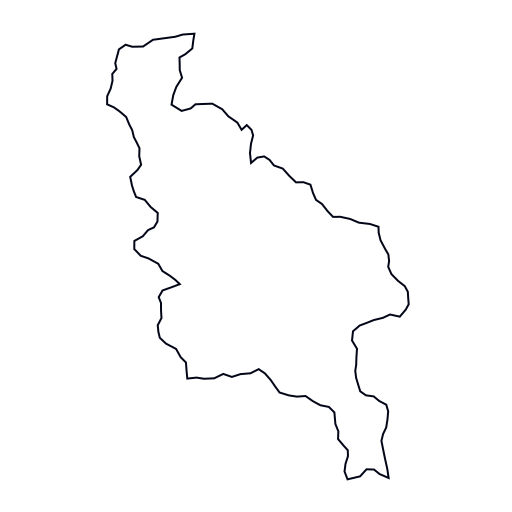 outline of Alto Jequitibá, Minas Gerais, Brazil, rotated 272°
{"feature_id": "56859067B47347238536955", "entity_name": "Alto Jequitibá", "entity_type": "district", "adm_level": 2, "iso_a3": "BRA", "parent_name": "Brazil", "parent_adm1": "Minas Gerais", "projection": "robinson", "projection_center": [-41.949, -20.439], "detail": "fine", "context": "isolated", "style": "outline", "palette": "ink", "viewbox_px": 512, "rotation_deg": 272, "n_neighbors": 0, "source": "geoboundaries", "source_scale": "gbopen_adm2", "svg_char_len": 2293}
<svg xmlns="http://www.w3.org/2000/svg" viewBox="0 0 512 512"><g transform="rotate(272 256 256)"><path d="M476.0,186.7L474.8,175.2L472.3,167.7L468.5,145.5L461.4,135.8L460.8,125.0L462.6,118.3L457.7,111.8L443.8,108.6L438.1,110.1L432.9,106.0L426.1,106.5L418.2,104.9L410.5,101.7L402.4,101.9L399.6,108.8L396.0,114.3L390.4,121.4L383.3,124.6L377.4,127.9L370.5,129.8L365.3,132.8L359.6,135.8L351.6,135.8L343.2,138.0L337.9,134.6L330.7,127.5L322.1,129.6L316.5,131.6L310.8,134.1L308.2,142.9L301.3,149.0L295.6,156.3L287.0,156.3L281.1,153.1L278.1,147.2L271.8,142.2L266.8,133.9L258.7,134.1L252.2,140.8L249.8,148.7L244.8,158.6L237.7,163.0L233.3,170.5L229.3,176.2L225.2,180.8L221.8,172.6L218.3,163.8L211.5,160.2L205.7,162.7L198.2,163.0L190.7,163.7L183.4,160.2L176.8,161.1L170.9,162.7L165.3,169.1L160.3,179.4L152.3,184.2L147.1,189.7L139.0,190.6L131.1,191.6L132.4,200.9L131.5,208.2L132.3,218.5L137.0,227.4L134.3,236.1L137.4,244.6L138.6,254.6L143.0,262.6L139.0,269.0L132.5,275.1L125.9,280.0L120.4,284.3L117.8,293.9L116.9,301.9L117.8,310.4L112.9,317.9L109.1,325.5L107.7,334.1L102.4,339.8L90.9,341.2L83.7,344.4L75.9,344.4L69.5,350.2L65.1,354.5L59.2,354.9L51.4,352.7L43.7,352.0L36.0,355.3L39.4,367.7L46.7,373.9L46.7,381.4L42.4,387.1L38.8,396.3L47.5,394.7L58.0,392.0L66.7,389.9L75.6,387.8L82.5,389.2L89.1,392.1L97.3,393.1L105.4,393.5L111.9,391.4L115.4,384.2L119.8,378.5L120.6,370.7L124.4,364.9L130.7,362.7L137.8,360.3L144.6,359.2L150.5,359.9L158.5,359.9L166.8,360.2L174.9,354.9L184.2,355.6L190.1,362.0L192.7,368.2L196.1,376.0L198.6,384.9L202.2,392.0L200.4,401.8L207.6,407.5L213.1,410.3L219.0,409.6L225.5,409.0L231.1,405.7L236.1,398.8L242.6,392.0L249.8,388.5L255.6,389.2L262.2,388.2L267.4,384.9L276.1,379.9L283.5,377.8L289.5,377.4L292.0,368.6L292.9,357.7L296.3,348.8L298.1,338.9L297.8,331.6L303.4,325.9L310.2,320.2L314.2,314.0L320.9,310.8L329.2,307.9L331.4,300.8L331.0,293.4L337.3,286.4L344.3,279.7L347.1,270.8L352.5,266.2L355.8,260.7L354.4,253.9L348.8,247.8L358.7,246.4L368.0,247.1L376.4,248.9L381.9,247.1L386.5,242.2L381.6,237.2L388.7,232.7L394.6,223.5L401.5,217.1L406.7,207.0L406.1,198.1L405.5,190.2L401.2,185.6L398.4,176.6L404.3,166.3L413.9,167.7L422.3,170.5L431.6,175.9L439.1,173.3L445.6,173.0L451.7,172.6L455.2,178.3L461.2,185.1L469.1,185.8L476.0,186.7Z" fill="none" stroke="#020617" stroke-width="2"/></g></svg>